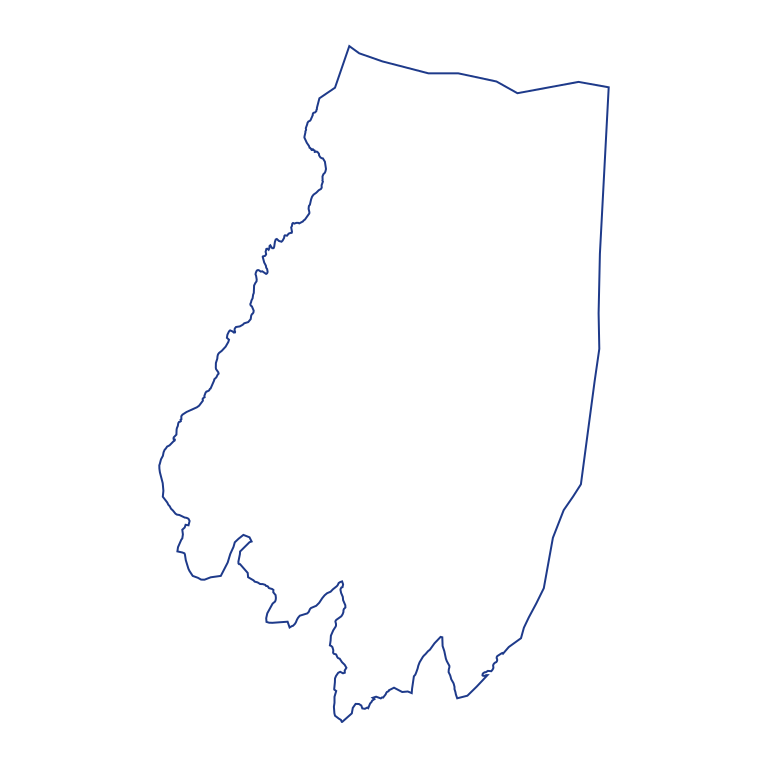 Upper Manya, Eastern, Ghana (Equal Earth projection)
{"feature_id": "2480657B72113427832631", "entity_name": "Upper Manya", "entity_type": "district", "adm_level": 2, "iso_a3": "GHA", "parent_name": "Ghana", "parent_adm1": "Eastern", "projection": "equal_earth", "projection_center": [-0.205, 6.384], "detail": "fine", "context": "isolated", "style": "outline", "palette": "blue", "viewbox_px": 768, "rotation_deg": 0, "n_neighbors": 0, "source": "geoboundaries", "source_scale": "gbopen_adm2", "svg_char_len": 6115}
<svg xmlns="http://www.w3.org/2000/svg" viewBox="0 0 768 768"><path d="M496.5,81.5L458.1,73.3L428.3,73.3L382.4,61.4L359.2,53.3L349.3,46.1L335.0,87.7L319.4,98.3L316.9,107.9L316.9,109.2L316.4,110.0L316.3,111.1L315.1,112.4L313.6,112.8L313.0,113.4L312.7,114.5L312.8,115.0L310.7,119.8L310.2,120.6L308.3,121.6L307.4,123.1L307.3,124.0L305.8,128.2L306.1,129.8L305.4,131.4L305.4,132.5L304.5,136.4L304.4,137.6L306.8,142.8L309.0,146.0L309.6,147.8L310.3,148.0L310.7,148.7L311.2,148.9L311.5,149.8L311.7,150.0L312.2,150.0L312.9,149.3L313.7,150.2L314.5,150.4L314.8,150.9L314.8,151.9L316.8,151.6L317.9,152.4L319.0,153.9L319.1,155.4L320.4,157.4L321.7,158.2L322.9,158.4L324.9,161.7L326.0,169.0L325.4,171.5L324.8,172.8L323.4,174.2L322.5,176.4L322.6,179.9L322.4,180.6L322.9,181.6L321.6,185.2L321.7,187.7L320.9,189.0L318.8,190.2L316.3,192.7L313.6,194.6L312.1,196.6L311.1,199.4L309.9,204.7L309.0,205.8L308.8,206.7L308.6,208.9L309.4,212.2L309.3,213.4L305.0,219.5L303.5,220.6L303.0,221.4L299.2,223.4L298.3,222.9L296.3,222.9L294.3,223.6L293.1,223.0L292.8,223.1L292.3,223.7L291.9,226.1L291.2,227.4L292.0,231.9L291.6,232.9L290.6,232.9L288.7,233.6L287.0,235.7L285.0,235.3L284.4,235.9L284.1,237.9L282.6,240.6L281.5,241.7L279.0,241.0L276.8,239.0L275.7,239.5L274.9,241.9L274.2,246.7L273.7,248.0L273.4,248.2L272.3,248.2L271.8,247.7L270.3,245.3L269.6,245.9L269.3,248.4L268.6,249.8L267.3,248.7L266.4,248.9L265.6,251.8L266.1,253.8L266.1,254.5L265.0,255.9L262.9,256.4L262.7,256.8L264.2,262.5L265.9,265.7L266.2,267.7L267.1,269.0L267.6,271.6L267.5,272.4L267.1,273.3L266.1,273.9L262.3,271.3L260.8,271.6L258.6,270.1L257.7,270.1L256.8,270.6L255.9,272.5L255.5,274.2L256.1,275.9L256.7,279.5L256.5,281.4L255.4,282.9L254.1,285.5L253.8,292.9L253.1,294.8L252.6,298.3L251.5,300.4L251.0,302.4L250.3,304.1L250.7,305.5L251.9,306.4L253.7,310.7L253.4,312.5L252.7,313.6L251.9,314.2L251.2,315.6L250.7,319.1L248.2,322.1L244.2,323.3L242.8,324.7L239.8,326.4L236.0,327.0L234.8,328.5L234.6,329.5L234.6,330.4L235.1,331.7L235.0,332.4L233.9,332.6L232.5,331.4L230.1,330.4L229.0,331.4L227.4,334.7L226.9,337.8L229.0,339.7L228.3,342.0L225.6,346.7L221.7,350.9L219.1,352.9L218.0,354.4L217.5,356.3L217.3,358.6L215.9,363.0L215.8,367.9L216.1,369.2L218.3,372.3L218.6,373.7L217.7,374.6L216.3,377.4L214.3,379.3L214.1,380.5L210.6,388.5L209.9,388.9L209.1,390.4L207.5,391.3L206.5,391.5L205.6,392.6L204.4,395.8L204.6,397.3L203.5,397.8L202.6,399.1L202.9,400.3L202.8,400.8L199.1,405.7L196.9,407.3L186.7,411.9L182.5,414.6L181.5,415.9L181.3,416.5L181.4,419.2L180.6,419.7L180.9,421.1L180.3,421.6L179.0,422.0L178.3,423.1L177.8,426.0L176.9,428.1L176.6,429.5L176.4,434.6L173.8,437.3L173.5,438.2L173.7,439.3L174.7,439.4L174.9,439.8L174.6,440.6L173.3,441.5L169.5,445.4L167.1,446.6L165.7,448.7L164.7,449.7L163.6,452.2L162.9,455.8L161.0,459.3L159.8,463.9L159.3,465.3L159.4,468.7L159.9,472.3L162.7,483.1L163.4,490.8L162.8,496.7L167.3,502.6L168.3,504.7L169.7,506.2L171.0,508.7L172.9,510.5L175.5,513.7L176.9,514.6L179.4,515.0L184.8,517.6L186.0,517.7L187.7,518.3L188.6,519.0L189.6,521.0L188.5,525.3L185.6,524.8L184.7,527.5L182.3,529.7L182.9,534.4L182.3,538.4L181.3,539.7L178.0,547.2L177.4,551.4L182.4,552.5L184.4,553.3L184.9,554.4L185.8,560.2L188.4,568.7L189.5,571.0L192.7,575.9L197.9,577.8L201.1,579.6L204.5,579.7L210.7,577.3L220.8,575.9L227.7,562.5L230.3,553.9L233.5,546.9L234.8,542.3L238.6,538.7L243.4,534.9L249.5,537.3L251.6,541.5L249.5,542.2L240.1,551.5L239.9,554.2L238.4,561.6L238.5,563.5L239.0,564.1L240.0,564.1L247.7,572.9L248.1,577.2L253.6,580.4L254.6,581.6L257.6,582.4L260.1,584.0L262.7,584.1L264.7,584.7L265.3,584.9L266.0,585.9L267.5,586.2L268.2,586.8L268.4,587.4L269.0,588.1L272.1,589.0L273.4,589.9L273.3,592.3L275.6,595.1L275.9,598.0L275.7,599.8L275.1,601.5L272.6,603.6L267.3,613.3L266.2,618.2L266.5,621.9L269.1,622.7L272.5,622.8L287.6,621.7L289.6,627.5L291.7,626.2L293.0,625.8L294.9,623.9L295.9,622.3L297.0,619.6L298.1,617.7L299.8,615.7L307.3,613.4L308.8,611.8L309.9,609.2L311.0,608.0L316.2,605.8L319.2,602.8L322.3,598.1L324.6,595.3L327.1,593.2L330.6,591.7L332.9,589.3L336.8,586.2L337.7,585.1L338.7,583.0L340.3,582.0L342.1,581.4L343.1,584.4L342.5,587.2L341.5,587.4L341.1,588.0L340.5,589.2L340.5,590.0L341.1,592.9L342.8,596.9L343.1,600.1L345.3,605.2L345.4,607.5L343.9,609.0L343.5,610.2L343.4,612.1L342.6,614.3L341.3,616.3L336.4,619.8L335.7,620.6L335.4,621.6L336.0,623.9L336.0,625.5L335.7,626.5L333.3,630.2L330.9,635.7L330.6,640.6L329.9,645.4L331.3,646.0L332.4,647.1L333.2,649.8L333.3,650.6L333.1,652.5L333.4,653.3L333.9,653.8L335.9,654.3L336.2,654.6L337.4,657.3L338.1,658.1L339.7,658.7L342.0,662.2L344.7,664.8L346.4,667.8L344.7,670.5L344.8,672.7L343.0,673.3L340.2,671.8L338.2,672.8L336.0,676.0L335.0,678.5L334.9,682.2L334.2,689.1L334.3,689.6L336.2,691.0L334.5,696.8L334.5,702.8L333.9,706.8L334.4,713.3L335.0,715.7L338.8,718.6L340.9,719.9L341.8,721.9L342.2,721.9L351.8,713.4L352.8,707.9L355.6,703.9L358.9,704.0L361.3,705.5L362.3,708.4L364.9,708.8L367.2,707.6L368.2,708.2L370.1,703.5L371.5,702.0L372.2,700.6L374.4,699.1L372.7,697.8L376.1,696.7L380.8,698.4L382.1,697.4L383.1,697.6L385.7,694.3L386.1,693.2L386.9,692.0L388.6,691.2L388.9,690.3L394.0,687.7L402.2,692.0L407.8,691.5L411.7,693.1L412.1,688.5L413.9,676.3L415.3,674.7L416.2,672.5L417.6,668.6L418.3,665.7L419.6,662.3L422.9,656.8L424.0,655.5L425.5,654.1L428.0,651.2L429.9,649.7L434.5,643.3L440.6,636.9L442.3,637.3L442.6,646.0L444.3,651.1L445.9,658.7L446.8,661.1L449.4,665.9L449.4,667.2L448.8,669.4L448.6,672.1L450.2,675.4L451.3,679.4L453.3,682.8L453.8,684.1L454.5,686.9L454.5,689.1L455.4,692.0L455.9,694.5L457.2,698.3L467.4,695.7L476.7,686.6L487.5,675.1L486.2,675.1L485.1,675.8L483.1,675.8L482.5,675.4L482.6,674.1L483.2,673.2L484.6,672.3L485.8,672.2L487.9,670.9L491.3,671.2L492.3,670.0L493.2,668.5L493.4,667.4L493.1,665.6L493.4,664.5L494.0,663.6L495.1,662.6L496.3,662.1L496.9,661.2L497.2,660.2L497.1,659.1L496.6,658.0L496.8,656.9L497.3,656.1L501.6,653.3L502.4,653.0L503.0,653.7L508.8,647.0L521.0,638.2L523.9,627.7L528.8,617.4L536.3,603.4L543.8,588.2L552.9,537.8L563.7,510.1L573.1,496.5L580.9,484.3L594.6,381.4L599.3,348.9L598.6,313.2L599.9,253.8L608.7,87.3L578.5,81.9L517.4,93.2L496.5,81.5Z" fill="none" stroke="#1e3a8a" stroke-width="2"/></svg>